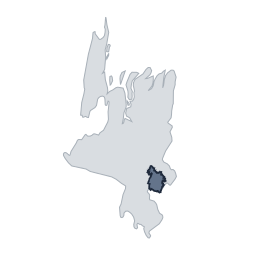 Naogaon, Rajshahi, Bangladesh (highlighted), rotated 196°
{"feature_id": "16705992B34203284467157", "entity_name": "Naogaon", "entity_type": "district", "adm_level": 2, "iso_a3": "BGD", "parent_name": "Bangladesh", "parent_adm1": "Rajshahi", "projection": "equal_earth", "projection_center": [88.84, 24.873], "detail": "fine", "context": "in_parent", "style": "filled", "palette": "slate", "viewbox_px": 256, "rotation_deg": 196, "n_neighbors": 0, "source": "geoboundaries", "source_scale": "gbopen_adm2", "svg_char_len": 7810}
<svg xmlns="http://www.w3.org/2000/svg" viewBox="0 0 256 256"><g transform="rotate(196 128 128)"><path d="M94.6,182.5L94.6,176.2L91.2,163.8L91.4,162.4L90.7,156.4L89.9,153.1L89.4,149.6L91.4,144.5L90.6,143.7L86.2,142.2L85.6,140.8L86.6,135.9L83.4,131.2L82.1,127.6L85.5,116.3L86.4,108.4L86.2,106.9L84.1,105.1L80.4,104.4L77.7,102.9L76.2,100.7L74.9,99.8L73.3,100.5L71.3,99.6L69.6,97.4L68.1,94.7L68.7,91.8L71.4,84.8L72.4,84.6L74.7,85.9L75.6,85.9L77.1,83.2L79.3,75.4L86.8,76.1L88.6,75.8L90.4,75.2L91.5,74.2L92.0,73.0L91.8,71.9L89.5,70.4L88.6,69.3L88.0,66.2L87.3,65.0L82.8,64.9L80.5,63.4L79.2,62.1L76.9,57.9L74.1,54.7L71.4,54.0L70.4,53.0L69.8,51.4L70.1,49.0L71.5,44.6L78.9,34.9L79.1,33.8L78.8,32.6L76.7,31.0L76.5,30.3L77.1,28.2L78.4,28.0L80.9,29.8L83.5,32.8L85.1,35.5L85.1,37.6L87.2,38.0L88.8,38.9L90.6,38.6L91.7,39.1L92.5,39.0L92.8,37.7L91.3,34.7L92.0,33.4L93.7,33.5L95.0,34.6L95.9,37.0L96.0,40.6L98.0,43.9L100.7,46.3L102.7,47.3L105.2,48.1L107.3,47.4L108.4,45.1L107.9,43.0L108.2,41.2L109.1,40.2L110.4,40.2L111.4,41.7L114.3,49.5L113.7,53.0L114.4,62.6L113.7,69.0L114.2,71.4L114.7,71.8L119.0,73.0L125.4,75.5L130.2,76.5L152.2,75.8L157.0,77.0L171.6,76.0L175.6,78.1L180.0,81.4L182.4,83.8L182.9,85.2L182.6,86.4L181.8,87.1L180.3,87.1L176.9,85.5L176.3,86.0L176.3,89.8L173.6,99.3L173.2,102.3L172.2,103.4L169.3,104.0L167.4,109.6L166.7,110.3L164.7,109.1L163.6,109.3L162.1,109.8L160.6,111.1L159.6,112.7L158.4,113.2L154.3,113.1L153.6,115.7L150.9,119.1L149.1,128.1L149.2,130.9L151.6,138.0L153.2,147.4L153.8,148.3L154.6,148.4L154.6,144.1L155.4,143.6L156.3,144.1L158.3,149.8L159.4,151.3L161.1,151.7L163.1,150.8L164.5,149.1L165.1,147.3L164.5,141.0L165.4,138.5L168.7,134.7L169.2,133.5L168.9,127.2L170.2,127.0L171.9,127.5L174.0,126.0L174.7,126.0L175.6,127.6L177.1,127.3L179.5,139.8L179.8,148.6L180.3,153.5L181.2,154.6L183.8,161.9L186.4,187.9L186.8,204.4L187.9,210.0L187.0,211.2L186.2,211.5L185.5,209.5L180.0,205.3L178.7,205.7L176.8,208.2L176.1,210.4L176.4,213.6L177.1,216.7L178.4,218.5L178.5,220.5L180.0,228.0L179.6,228.0L176.6,221.2L172.9,214.6L171.6,202.6L171.5,196.8L169.0,189.9L166.6,177.8L167.6,173.6L165.9,175.4L163.1,168.2L158.9,161.2L157.6,158.0L157.5,155.0L155.7,158.1L153.3,160.2L150.7,163.4L149.1,164.4L143.7,165.0L140.6,160.7L136.2,150.1L135.6,147.7L136.1,141.5L135.1,135.7L134.7,130.5L133.9,131.0L133.6,132.4L133.8,134.6L133.5,136.4L126.1,135.2L129.3,138.3L132.7,139.0L134.4,141.8L134.6,146.4L131.2,149.1L131.5,151.5L133.5,154.3L131.2,155.1L130.5,157.0L130.5,159.6L132.1,163.7L131.9,165.3L134.7,170.6L135.2,173.2L134.6,176.8L128.5,184.1L126.8,189.3L125.3,191.7L123.4,192.2L121.1,189.7L121.1,187.2L121.6,185.2L124.7,180.3L123.0,181.0L118.1,185.0L117.1,181.7L116.5,178.7L116.5,175.0L118.9,169.5L116.2,172.3L115.4,175.7L115.8,179.8L115.4,182.6L114.4,186.4L113.0,188.6L110.7,190.0L109.6,192.3L108.1,193.9L107.5,186.3L105.8,176.2L105.5,178.4L106.4,184.7L106.3,188.8L105.1,192.0L102.5,195.5L100.6,196.0L99.4,195.5L95.8,190.2L95.4,185.3L94.6,182.5ZM139.5,182.7L135.0,183.9L132.7,183.5L136.9,174.4L136.7,170.3L136.1,167.0L133.9,164.3L133.7,162.4L132.8,159.8L132.2,156.7L134.6,155.7L136.6,157.5L137.3,161.0L138.3,163.6L141.8,168.9L141.7,172.2L140.8,180.2L139.5,182.7ZM149.1,179.7L146.4,182.1L147.2,167.7L149.3,173.1L149.8,175.9L149.1,179.7ZM159.6,172.5L158.4,173.5L157.3,172.6L155.8,169.2L156.5,164.9L157.0,164.3L158.7,168.7L159.6,172.5ZM170.0,202.9L168.5,203.1L167.7,202.1L168.1,200.6L167.6,195.9L169.6,195.5L170.3,199.4L170.0,202.9ZM168.2,189.8L167.1,194.5L166.6,192.4L167.4,188.3L168.2,189.8ZM135.8,152.3L136.3,153.8L133.7,151.9L133.1,150.5L134.2,149.8L135.8,152.3Z" fill="#d9dde1" stroke="#a8b0b8" stroke-width="1"/><path d="M93.0,86.7L93.1,86.4L93.0,86.1L93.3,85.8L93.5,85.3L93.3,85.0L93.4,84.3L93.3,83.5L93.4,83.3L93.4,82.9L93.3,82.6L93.5,82.6L93.6,82.2L93.6,81.7L93.6,81.3L93.5,81.1L93.5,80.8L93.5,80.6L93.7,80.3L93.3,80.1L93.2,80.3L92.9,80.2L92.7,80.1L92.1,80.0L92.2,80.3L92.0,80.6L92.1,80.9L92.0,80.7L91.7,80.5L91.9,80.1L91.8,79.9L91.7,79.9L91.5,79.4L91.8,78.5L91.7,77.9L91.2,77.3L91.4,77.1L91.2,76.8L91.3,76.7L91.3,76.4L91.3,76.2L91.0,76.1L91.0,75.7L90.9,75.7L90.4,75.5L90.1,75.7L90.0,75.4L90.1,75.1L90.0,75.3L89.8,75.3L89.8,75.0L89.5,75.0L89.4,74.6L89.2,74.5L89.1,74.8L88.9,74.8L88.8,75.3L88.6,75.4L88.5,75.9L88.3,75.9L88.3,76.0L87.4,75.7L87.4,75.4L87.3,75.6L87.1,75.5L86.8,75.8L86.9,75.6L86.7,75.6L86.4,75.5L86.4,75.0L86.2,75.0L86.2,74.9L85.9,74.8L85.8,74.7L85.0,74.7L85.0,74.9L84.8,75.1L84.6,74.9L84.1,74.8L83.8,74.9L83.3,74.9L83.3,75.0L82.9,75.3L82.8,75.2L82.8,75.5L82.5,75.6L82.5,75.8L82.1,75.9L81.8,75.7L82.0,75.5L81.9,75.3L81.7,75.2L81.4,75.4L81.3,75.2L80.4,74.9L80.4,74.6L79.8,74.5L79.6,75.0L79.0,75.1L78.9,75.0L78.9,74.9L78.9,74.7L78.8,75.0L79.0,75.2L78.9,75.5L79.0,75.7L78.9,75.8L79.4,76.3L79.3,76.8L79.4,77.1L79.1,77.5L78.9,77.5L78.9,77.9L79.1,78.2L79.0,78.4L79.0,79.1L78.7,80.0L78.8,80.4L79.1,80.4L79.2,80.6L79.0,80.9L78.8,81.1L78.9,81.3L78.8,81.5L78.8,81.4L78.8,81.6L78.7,81.6L78.8,81.7L78.6,81.6L78.5,81.4L78.5,81.6L78.4,81.7L78.4,81.9L78.2,81.9L78.2,82.0L78.1,82.4L78.3,82.5L78.2,82.5L78.3,82.5L78.3,82.8L78.1,82.8L78.0,82.6L78.0,82.8L77.8,82.8L77.7,83.0L77.8,83.3L78.4,83.0L78.7,83.2L78.8,83.4L78.7,83.8L78.7,84.3L78.9,84.6L79.2,84.8L79.3,84.7L79.2,84.5L79.2,84.2L79.4,84.2L79.7,84.0L79.9,84.3L80.2,84.4L80.3,85.1L80.0,85.2L80.0,85.4L80.3,86.0L80.2,86.0L80.0,86.5L79.8,86.6L79.8,87.0L79.4,86.7L79.1,86.7L79.0,86.8L79.4,87.1L78.9,87.2L78.8,87.4L78.5,87.3L78.5,87.1L78.2,87.3L78.1,87.1L78.0,87.4L77.7,87.5L77.9,87.6L77.9,87.8L77.5,87.8L77.4,87.7L77.4,88.1L77.7,88.2L78.0,87.7L78.3,87.5L78.1,87.5L78.2,87.4L78.4,87.4L78.4,87.7L78.2,87.7L78.2,88.0L78.5,87.9L78.6,88.2L78.8,88.0L79.1,87.9L79.1,88.0L78.9,88.7L78.6,89.0L78.6,89.3L78.3,89.4L78.3,89.6L78.2,89.7L78.2,89.8L78.5,89.8L78.7,89.5L79.2,89.5L79.3,89.6L79.6,89.9L79.6,90.0L79.9,89.7L80.1,89.8L80.3,89.7L80.3,90.1L80.1,90.3L80.3,90.6L80.2,90.5L79.8,90.6L79.8,90.2L79.3,90.2L79.3,90.5L79.5,90.6L79.4,91.1L79.6,91.2L79.8,91.0L80.1,91.1L80.2,90.9L80.7,91.0L80.6,91.6L80.8,91.8L81.1,91.9L81.6,92.2L81.8,92.0L82.1,92.0L82.4,92.3L82.5,92.3L82.2,92.8L82.4,93.0L82.7,92.7L82.8,92.3L83.4,92.0L83.5,92.1L83.6,92.4L83.6,93.1L83.7,93.5L83.8,93.9L83.6,94.1L83.7,94.6L83.9,94.5L83.9,94.8L83.9,95.0L84.2,94.9L84.2,94.6L84.4,94.8L84.8,94.5L85.0,94.5L85.1,94.4L85.3,94.5L85.4,94.4L85.3,94.7L85.4,94.8L85.5,94.6L85.6,94.3L85.4,94.3L85.6,94.0L85.7,93.8L85.5,93.7L86.1,93.3L86.1,93.5L86.3,93.4L86.5,93.5L86.5,93.0L86.7,92.8L86.9,92.9L86.8,93.0L87.0,93.2L87.4,93.3L88.1,92.7L88.3,92.9L88.3,93.0L88.5,93.1L88.4,93.7L88.7,93.8L88.9,93.8L89.0,93.6L89.5,93.6L89.8,94.0L90.0,94.1L90.0,94.4L90.2,94.2L90.3,94.2L90.4,94.4L90.6,94.2L90.9,94.2L91.0,94.7L91.2,95.0L91.3,94.9L91.3,95.0L91.4,95.7L91.6,95.8L91.6,96.1L91.8,95.9L92.1,96.4L92.2,96.2L92.6,96.2L93.1,96.6L93.5,96.8L93.6,97.0L93.4,97.2L93.5,97.3L93.8,97.1L94.0,97.1L94.2,97.5L94.3,97.6L94.6,97.9L94.8,97.8L95.0,98.0L95.3,98.0L95.5,97.6L95.6,97.8L95.8,97.7L95.7,97.5L95.9,97.2L96.0,96.5L95.9,96.3L96.0,96.1L95.7,95.8L95.9,95.6L95.7,95.5L95.8,95.4L95.8,95.0L95.9,94.9L95.8,94.4L96.0,94.5L96.1,94.3L96.4,94.0L96.4,93.8L96.5,93.9L96.8,93.8L96.7,93.6L96.8,93.6L96.7,93.2L96.8,92.8L96.7,92.7L96.8,92.5L96.7,92.5L96.6,92.2L96.8,92.2L96.7,92.1L96.8,91.8L97.0,91.7L97.0,91.3L97.2,90.9L96.9,90.9L96.8,91.1L96.7,90.7L96.5,90.9L96.6,91.1L96.4,91.2L96.5,91.1L96.6,91.4L96.6,91.7L96.2,91.4L96.1,91.5L96.3,91.5L96.2,91.7L95.8,91.3L95.4,91.6L95.4,91.2L95.5,91.3L95.8,91.0L95.4,90.8L95.6,90.5L95.7,90.4L95.5,90.2L95.4,90.0L95.5,89.3L95.2,89.1L95.1,89.4L94.9,89.4L94.8,89.2L94.7,89.4L94.7,89.2L94.2,89.4L93.8,89.5L93.8,89.8L93.6,89.8L93.6,90.0L93.2,89.9L93.1,90.3L93.0,90.7L92.8,90.6L92.6,90.7L92.6,90.9L92.3,90.7L92.3,90.4L92.4,90.0L92.6,89.7L92.7,89.3L92.5,89.1L92.7,88.7L92.8,88.7L92.6,88.5L92.5,88.0L92.7,87.8L92.8,88.0L93.0,87.9L92.9,87.8L92.7,87.8L92.6,87.1L92.7,86.9L93.0,86.7Z" fill="#64748b" stroke="#1e293b" stroke-width="1.5"/></g></svg>